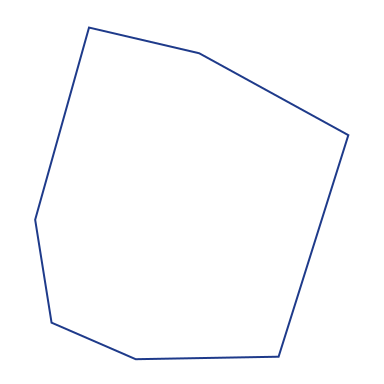 Kuvasay city, Ferghana, Uzbekistan (Mercator projection), rotated 89°
{"feature_id": "79887680B20364300518134", "entity_name": "Kuvasay city", "entity_type": "district", "adm_level": 2, "iso_a3": "UZB", "parent_name": "Uzbekistan", "parent_adm1": "Ferghana", "projection": "mercator", "projection_center": [71.944, 40.33], "detail": "fine", "context": "isolated", "style": "outline", "palette": "blue", "viewbox_px": 384, "rotation_deg": 89, "n_neighbors": 0, "source": "geoboundaries", "source_scale": "gbopen_adm2", "svg_char_len": 258}
<svg xmlns="http://www.w3.org/2000/svg" viewBox="0 0 384 384"><g transform="rotate(89 192 192)"><path d="M320.2,334.7L358.2,251.2L358.2,108.3L137.9,34.7L53.4,182.4L25.8,292.1L217.0,349.3L320.2,334.7Z" fill="none" stroke="#1e3a8a" stroke-width="2"/></g></svg>